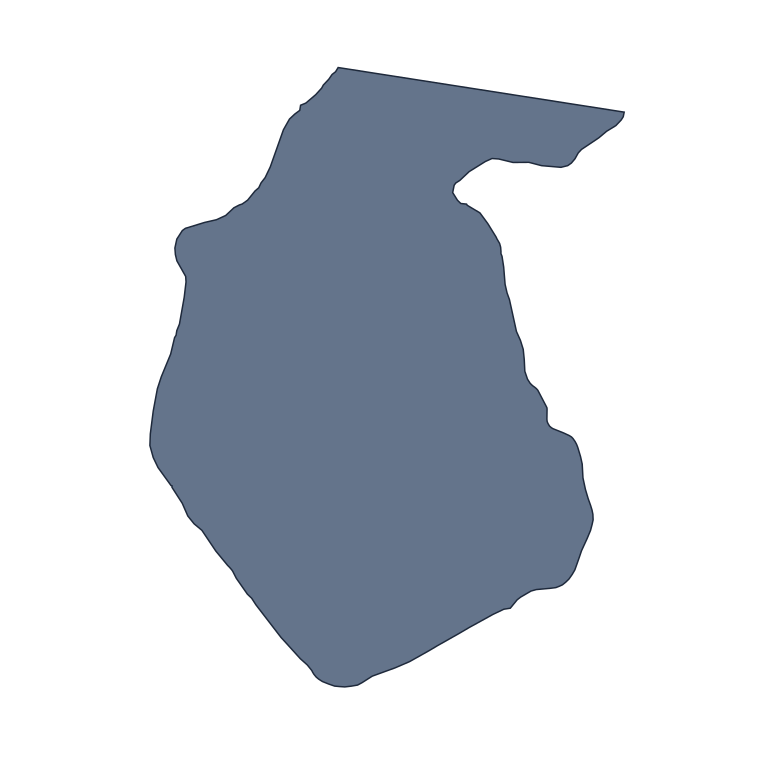 San Mateo Ixtatán, Huehuetenango, Guatemala (Robinson projection), rotated 9°
{"feature_id": "79465075B68216544960730", "entity_name": "San Mateo Ixtatán", "entity_type": "district", "adm_level": 2, "iso_a3": "GTM", "parent_name": "Guatemala", "parent_adm1": "Huehuetenango", "projection": "robinson", "projection_center": [-91.419, 15.932], "detail": "fine", "context": "isolated", "style": "filled", "palette": "slate", "viewbox_px": 768, "rotation_deg": 9, "n_neighbors": 0, "source": "geoboundaries", "source_scale": "gbopen_adm2", "svg_char_len": 2402}
<svg xmlns="http://www.w3.org/2000/svg" viewBox="0 0 768 768"><g transform="rotate(9 384 384)"><path d="M578.7,77.9L289.2,78.6L287.3,83.2L284.3,86.4L281.8,91.6L277.3,98.2L276.2,101.4L271.3,108.9L262.8,118.8L258.0,121.7L258.0,126.9L253.6,131.4L249.2,137.1L244.9,148.6L237.7,187.4L234.3,198.8L231.1,204.6L229.6,209.8L226.5,213.4L220.5,223.8L215.8,228.4L213.1,229.8L208.2,233.4L201.3,242.3L192.7,248.0L181.5,252.5L163.5,261.3L160.8,264.0L156.7,273.3L156.2,282.4L157.7,288.8L160.2,294.8L171.3,308.8L172.5,314.2L173.1,329.6L172.6,356.8L171.0,363.7L171.0,368.4L169.9,370.9L168.6,387.8L162.9,411.7L160.9,424.2L160.3,446.8L161.0,469.8L162.4,481.4L167.6,492.8L173.9,501.9L189.5,517.6L190.5,517.7L190.8,519.3L203.4,533.4L210.9,545.1L218.3,551.8L227.0,557.0L244.0,575.3L257.9,587.6L260.1,589.2L262.8,591.5L264.0,592.8L268.5,599.0L282.0,613.0L286.8,616.3L292.0,622.1L322.0,650.5L329.8,656.7L330.9,657.6L344.3,668.4L352.2,673.5L357.5,678.3L358.5,679.7L360.1,681.6L362.9,684.1L365.6,685.7L369.7,687.5L376.3,689.0L382.5,690.1L387.3,689.8L392.7,689.3L398.8,687.6L405.0,685.5L409.2,682.3L418.1,674.4L439.4,662.6L452.7,654.2L463.7,645.5L471.5,639.3L477.6,634.2L497.6,618.3L506.1,611.3L527.7,594.5L537.6,587.7L543.8,585.7L549.3,576.3L552.3,573.1L561.6,565.5L566.6,563.2L579.8,559.9L585.6,558.2L588.7,556.4L591.6,554.5L594.5,551.3L597.2,547.7L599.7,542.6L601.6,537.7L603.7,526.4L605.2,517.7L608.8,504.9L610.9,496.3L611.5,490.4L611.8,485.5L610.7,480.0L609.2,476.0L607.1,471.7L603.6,465.3L599.4,456.5L595.2,445.6L592.3,432.1L589.5,425.0L587.0,419.8L585.2,416.1L583.6,413.4L581.7,410.9L579.2,408.3L577.5,407.0L575.2,406.0L569.3,404.3L557.9,401.7L556.2,401.0L554.1,399.7L552.0,397.2L551.0,395.5L550.4,393.3L549.0,383.4L548.7,382.1L547.9,380.9L536.9,366.1L535.2,364.7L533.2,363.5L531.9,362.9L530.1,361.8L528.2,360.4L525.0,356.8L521.1,349.4L518.7,337.9L516.1,328.0L512.0,319.7L506.6,311.4L494.7,281.0L491.3,274.8L488.0,266.6L483.9,249.7L480.6,239.4L479.1,236.9L478.8,234.8L477.8,230.6L476.2,227.1L472.7,222.8L471.9,221.5L461.4,209.3L452.0,200.0L438.3,194.5L437.4,193.4L431.6,193.7L427.8,191.0L421.9,184.2L422.2,176.7L423.5,174.2L427.1,171.0L434.9,160.9L449.3,148.4L455.4,144.4L462.1,143.8L476.8,145.0L492.4,142.4L505.5,143.7L524.9,142.3L531.3,139.6L534.5,136.5L537.4,131.7L539.7,125.4L542.4,121.4L557.7,107.2L564.3,99.6L572.6,92.5L577.0,86.1L578.5,82.6L578.7,77.9Z" fill="#64748b" stroke="#1e293b" stroke-width="1.5"/></g></svg>